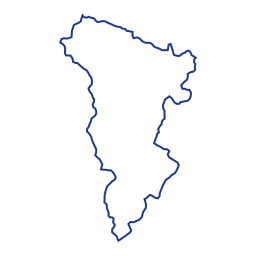 the district of Palma, Minas Gerais, Brazil
{"feature_id": "56859067B72976331537795", "entity_name": "Palma", "entity_type": "district", "adm_level": 2, "iso_a3": "BRA", "parent_name": "Brazil", "parent_adm1": "Minas Gerais", "projection": "natural_earth1", "projection_center": [-42.328, -21.44], "detail": "fine", "context": "isolated", "style": "outline", "palette": "blue", "viewbox_px": 256, "rotation_deg": 0, "n_neighbors": 0, "source": "geoboundaries", "source_scale": "gbopen_adm2", "svg_char_len": 2935}
<svg xmlns="http://www.w3.org/2000/svg" viewBox="0 0 256 256"><path d="M105.4,21.4L102.4,21.1L99.9,21.7L97.6,22.1L95.6,20.6L94.2,18.5L90.7,17.6L88.6,16.8L86.7,17.6L84.2,17.3L82.6,15.4L81.4,18.5L80.9,21.2L78.5,22.9L75.6,24.1L73.8,25.2L72.9,28.3L71.9,31.0L71.8,33.5L71.5,37.1L69.0,38.1L66.6,38.6L64.4,38.2L61.5,39.0L60.3,42.6L62.7,44.0L64.7,46.2L65.2,49.0L64.9,53.0L65.9,55.4L68.1,55.5L70.6,55.6L72.5,58.5L73.0,61.8L75.2,62.9L77.4,63.0L79.5,65.0L81.8,67.0L83.8,68.7L86.5,70.2L88.3,72.8L89.6,75.4L91.5,78.0L92.0,81.7L91.8,84.2L90.4,85.9L88.5,88.3L89.6,91.6L91.8,94.1L92.8,97.5L94.1,99.3L94.0,101.8L92.6,104.4L93.3,107.2L95.2,108.5L96.1,110.8L96.3,113.4L95.2,115.5L93.4,117.1L91.4,118.6L91.0,121.3L89.8,123.4L88.9,126.5L87.2,128.9L87.0,131.5L89.4,133.8L91.3,137.0L91.9,139.6L93.0,142.4L94.2,145.1L95.3,147.1L96.2,149.4L96.2,152.5L95.2,155.2L97.3,157.3L99.8,159.4L101.0,161.8L102.3,164.2L101.6,167.0L101.0,169.4L104.0,169.7L106.4,169.8L108.4,170.3L110.8,170.3L112.8,172.1L114.8,175.1L115.8,177.6L114.2,180.1L111.9,181.5L110.5,183.1L108.5,185.0L107.0,186.8L106.1,189.4L105.3,191.9L104.6,195.8L104.6,198.8L104.4,202.3L106.8,204.6L106.8,207.8L107.8,210.6L108.7,212.7L108.5,215.8L109.9,217.3L111.9,217.3L113.6,218.5L113.1,222.3L114.8,224.8L114.0,227.1L112.2,229.2L112.2,232.3L114.2,234.0L116.6,236.1L117.4,238.5L118.4,240.6L120.9,239.1L122.5,237.9L124.4,236.6L126.2,235.4L128.0,233.9L129.7,232.8L131.2,230.6L129.8,227.3L128.4,224.0L130.3,222.0L133.7,222.2L136.8,220.8L139.4,219.7L141.7,217.3L142.4,215.2L142.8,212.8L144.0,210.7L145.8,208.0L146.1,204.6L144.5,199.1L146.5,198.1L148.1,196.6L149.9,194.9L152.5,195.9L155.4,197.9L157.9,198.3L159.5,196.1L159.9,192.8L161.6,188.6L163.0,185.1L164.4,182.6L165.9,179.8L169.0,177.8L171.6,175.2L174.9,173.1L176.6,170.5L177.7,167.9L178.8,165.2L177.5,162.5L171.8,159.0L169.2,157.4L167.7,154.5L169.3,151.1L167.1,149.3L163.8,149.1L161.0,147.2L158.7,145.9L156.8,145.1L154.1,143.2L155.3,139.6L156.5,136.8L157.1,133.9L158.9,132.4L158.2,129.1L159.8,126.2L161.6,124.4L161.8,121.9L163.0,120.0L164.7,118.6L164.5,116.1L164.5,110.6L163.0,107.9L163.0,105.0L163.9,102.6L165.1,99.4L169.4,96.3L172.0,98.6L174.5,102.5L176.6,103.8L179.2,103.8L180.7,102.1L187.6,100.7L189.4,99.3L190.6,96.6L191.0,92.8L189.4,89.9L187.3,89.9L184.9,88.8L182.4,88.8L181.2,85.1L184.6,81.7L187.0,79.7L187.7,77.3L187.7,73.9L190.8,72.0L193.0,71.8L195.2,69.7L194.8,66.4L195.4,64.2L194.0,62.0L194.3,59.4L195.7,57.7L191.6,55.1L190.2,51.8L188.3,50.6L186.3,51.3L184.6,52.9L182.7,53.4L181.1,54.7L179.3,56.0L176.6,55.7L174.1,55.0L173.2,52.8L172.8,50.6L172.0,48.4L170.7,44.0L168.6,44.7L168.2,47.9L167.7,50.2L165.5,50.2L162.3,50.2L159.8,48.9L157.4,47.9L155.0,47.2L153.3,45.7L151.9,43.9L150.0,42.9L147.5,42.8L145.2,42.7L142.4,41.3L139.6,38.5L136.9,37.4L133.6,38.2L132.5,35.6L132.6,31.9L129.6,31.3L126.9,30.9L125.0,28.9L122.4,28.6L120.5,27.0L117.4,26.7L115.0,26.0L113.0,25.0L110.6,23.9L107.9,22.8L105.4,21.4Z" fill="none" stroke="#1e3a8a" stroke-width="2"/></svg>